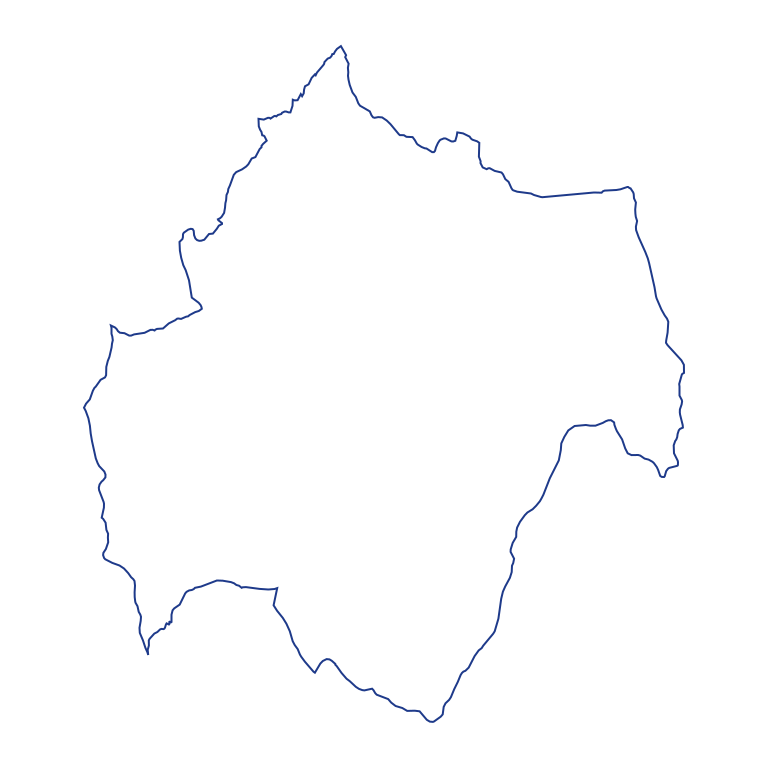 the district of El Cocuy, Boyacá, Colombia
{"feature_id": "7082276B29849615421719", "entity_name": "El Cocuy", "entity_type": "district", "adm_level": 2, "iso_a3": "COL", "parent_name": "Colombia", "parent_adm1": "Boyacá", "projection": "equal_earth", "projection_center": [-72.432, 6.355], "detail": "fine", "context": "isolated", "style": "outline", "palette": "blue", "viewbox_px": 768, "rotation_deg": 0, "n_neighbors": 0, "source": "geoboundaries", "source_scale": "gbopen_adm2", "svg_char_len": 6078}
<svg xmlns="http://www.w3.org/2000/svg" viewBox="0 0 768 768"><path d="M442.7,714.4L443.7,706.9L445.5,703.3L449.1,699.9L450.9,697.2L454.2,689.2L457.8,681.9L460.6,675.1L461.9,673.0L463.4,671.6L465.4,670.8L468.7,667.6L474.6,656.1L478.7,650.4L481.7,648.1L483.2,645.7L493.2,633.7L494.7,631.3L498.4,618.7L501.2,598.8L502.9,591.7L505.2,586.5L509.9,577.8L511.7,572.1L512.0,565.7L513.2,563.1L514.1,558.7L510.6,551.9L510.7,549.4L512.7,542.9L516.2,536.9L516.3,531.7L517.1,527.6L520.0,521.8L524.8,515.2L527.4,512.5L532.7,509.2L536.1,505.8L539.9,501.2L541.6,498.2L543.4,494.7L549.8,478.3L558.8,460.4L560.8,450.1L561.3,443.4L564.3,436.9L568.3,430.4L574.6,426.0L585.9,425.0L590.4,425.7L595.4,425.7L602.8,422.9L605.8,421.2L608.3,420.3L611.0,420.2L614.1,422.4L614.4,424.8L615.8,428.6L616.9,431.1L622.1,439.4L625.2,448.4L627.7,453.3L631.5,455.1L638.2,455.0L640.3,455.6L644.6,458.6L648.6,459.6L652.5,461.8L654.0,463.2L656.8,467.1L658.1,469.9L660.2,475.9L661.7,476.9L664.1,477.0L664.7,476.3L666.2,471.1L668.0,468.7L669.2,467.9L676.6,466.0L677.6,465.6L677.9,465.0L678.0,462.1L677.7,460.7L674.0,453.3L673.7,445.3L675.2,441.0L676.3,439.5L677.2,437.1L677.6,434.0L678.8,430.3L680.0,428.9L682.9,427.6L682.7,425.1L680.1,414.7L679.8,412.4L679.9,409.4L681.6,404.5L682.1,401.4L681.8,400.0L679.5,395.6L679.5,386.6L679.2,384.0L681.8,374.7L682.3,373.9L684.0,372.9L683.9,364.8L681.4,360.3L667.6,345.2L666.0,342.8L666.2,340.5L667.6,332.6L668.3,321.8L667.0,318.6L664.7,315.4L661.4,309.5L656.6,298.4L656.0,296.3L654.5,287.2L649.1,263.1L647.8,258.4L645.3,252.0L638.7,237.3L636.1,230.1L635.9,226.7L637.1,221.0L635.8,216.9L635.4,213.6L635.2,209.5L635.9,202.5L634.0,198.3L633.7,194.0L633.2,192.4L630.5,188.3L629.7,188.2L628.1,187.0L627.2,187.0L620.5,189.3L616.3,190.0L604.6,190.6L602.9,191.3L601.6,192.7L594.0,192.5L542.4,197.2L540.9,197.0L534.0,195.0L531.0,193.5L517.2,191.7L513.2,190.3L512.5,189.8L511.4,188.1L508.6,181.9L505.3,179.1L503.0,174.3L501.5,172.5L494.7,170.9L489.7,168.2L488.2,168.3L486.7,169.2L482.7,167.4L480.5,163.1L480.6,161.2L478.9,156.7L479.3,142.8L477.1,141.3L472.4,139.7L471.0,138.6L469.6,136.6L463.1,133.4L457.3,132.4L456.7,136.0L455.3,140.8L453.1,141.5L451.4,141.4L445.7,138.5L443.9,138.4L440.6,139.7L439.7,140.4L437.9,143.1L436.0,147.3L435.0,150.9L433.9,152.1L432.1,152.1L426.5,148.5L424.8,148.3L421.6,147.0L417.8,144.6L416.8,143.6L414.9,140.2L412.6,137.1L406.4,136.8L403.9,135.2L399.8,135.1L398.8,134.2L390.5,124.2L386.7,120.5L382.1,117.4L378.2,117.1L374.6,117.8L373.0,117.3L371.5,115.3L369.8,111.4L360.0,105.7L358.3,103.3L355.8,96.9L352.5,92.5L349.7,84.9L348.5,79.7L348.0,75.8L348.3,72.3L347.9,67.8L348.6,63.7L345.2,57.1L346.1,55.2L340.9,46.1L337.0,48.9L335.1,51.4L333.7,54.0L332.3,54.1L331.6,55.9L330.2,57.6L327.7,58.6L324.5,62.0L324.1,63.9L323.4,65.0L317.0,72.5L315.7,75.2L315.0,74.3L311.7,77.8L308.6,84.3L305.0,86.3L304.1,89.5L303.7,93.4L302.1,96.2L300.8,94.1L297.6,100.2L294.7,100.4L292.8,99.7L292.5,105.9L290.4,112.4L288.7,112.4L286.0,111.5L284.7,111.5L282.0,112.8L281.3,114.0L277.9,115.0L276.3,116.4L275.0,115.9L274.0,116.2L270.5,118.6L269.7,117.9L268.0,117.8L263.8,119.6L258.5,118.8L258.8,126.4L260.1,129.7L261.5,132.0L262.2,135.3L263.6,135.6L264.5,136.3L266.7,140.7L263.1,143.9L261.5,145.9L261.5,147.3L259.7,149.0L255.4,157.1L251.7,158.5L248.3,164.3L246.2,166.5L242.0,169.4L236.2,172.1L233.8,174.8L229.9,185.5L228.3,189.0L227.9,192.0L226.5,195.0L226.1,200.3L225.4,203.1L225.0,207.8L224.1,212.9L221.6,216.8L220.1,218.2L217.9,219.3L218.3,220.2L222.0,223.1L222.0,224.0L218.8,225.7L216.9,228.7L212.9,233.6L209.0,234.0L204.3,239.7L201.2,240.7L199.2,240.8L197.1,240.1L195.4,238.5L194.1,235.2L193.7,230.8L192.6,229.1L190.8,228.8L188.2,229.6L183.8,232.7L183.0,234.2L182.9,237.3L182.4,239.1L179.5,241.9L179.9,250.7L181.2,257.8L183.3,265.2L185.7,270.2L189.0,280.3L191.8,297.6L198.7,302.8L200.6,305.1L201.5,307.1L201.8,308.8L198.8,311.0L195.2,312.1L189.5,315.1L188.2,316.3L186.1,316.7L181.1,318.9L178.2,318.5L177.1,318.7L175.2,320.2L168.8,323.4L163.0,328.5L157.0,328.9L155.3,329.7L154.6,330.5L152.7,329.8L150.4,329.9L144.6,332.8L134.1,334.4L131.1,335.6L129.2,335.6L124.5,333.2L119.9,332.7L118.0,331.2L116.6,329.0L114.9,327.4L110.9,325.5L111.5,327.8L111.5,333.8L112.3,336.5L112.8,340.2L112.0,343.7L111.6,347.4L109.4,356.9L107.8,360.9L106.3,366.9L106.1,375.2L105.0,377.4L100.6,379.8L95.7,386.7L94.5,387.8L92.9,390.7L89.8,399.4L86.1,403.6L84.0,407.7L85.7,410.9L88.4,418.3L89.9,425.7L90.7,433.5L92.0,441.1L95.8,458.4L97.7,463.3L99.2,466.1L104.3,471.5L105.5,474.6L105.4,477.4L103.2,480.2L101.5,481.7L99.6,484.4L98.8,487.7L99.1,490.2L103.6,501.9L104.0,503.7L103.9,507.7L101.7,517.7L103.1,518.8L105.6,522.7L106.4,529.9L108.1,533.7L107.9,537.7L108.2,542.3L105.9,549.0L103.4,552.8L103.1,555.1L104.1,558.0L105.3,559.3L112.3,562.9L119.5,565.5L124.0,568.5L128.2,573.1L131.1,577.2L133.3,579.2L134.5,581.0L135.0,585.6L134.6,592.3L134.7,597.1L135.2,601.3L135.5,602.7L137.5,606.2L138.7,611.8L140.3,614.6L141.0,616.8L140.7,620.9L139.5,627.8L139.8,632.9L143.0,640.5L145.4,647.8L147.5,652.5L148.2,655.0L147.7,649.9L148.9,645.5L148.8,640.4L149.6,638.8L154.3,633.6L157.4,632.0L160.1,629.4L161.5,628.9L163.5,629.1L164.3,628.7L165.0,627.6L165.9,624.6L166.6,623.4L168.9,624.5L169.4,623.9L169.3,622.0L169.8,621.7L170.9,622.4L171.5,622.0L171.5,614.7L172.6,610.3L174.2,608.4L179.7,604.6L185.2,593.4L186.6,591.8L189.2,590.4L191.8,590.0L193.7,589.1L195.0,587.8L200.9,586.6L216.9,580.5L222.7,580.7L231.0,582.1L234.1,583.3L236.4,585.0L239.0,585.7L241.7,587.8L242.6,587.3L245.9,587.1L259.6,588.9L268.4,589.5L274.6,589.0L277.2,588.1L273.6,605.3L277.1,610.8L282.8,617.9L286.4,623.7L289.8,631.2L292.7,641.2L294.7,645.0L297.7,649.1L299.9,654.5L301.2,656.7L304.9,661.7L313.5,671.7L314.9,672.7L320.3,663.6L322.8,661.0L326.6,659.1L329.5,659.4L331.8,660.8L335.3,663.9L335.3,664.7L336.7,666.1L341.5,672.9L346.5,678.7L349.8,681.2L355.8,686.8L359.0,688.9L362.3,690.1L364.4,690.4L372.1,688.7L373.5,690.2L375.2,693.1L376.7,694.7L388.2,699.1L391.2,702.6L395.6,706.0L402.3,708.0L407.2,710.9L414.7,710.7L419.6,711.3L426.8,719.8L429.8,721.6L432.9,721.9L434.0,721.5L440.7,716.7L442.7,714.4Z" fill="none" stroke="#1e3a8a" stroke-width="2"/></svg>